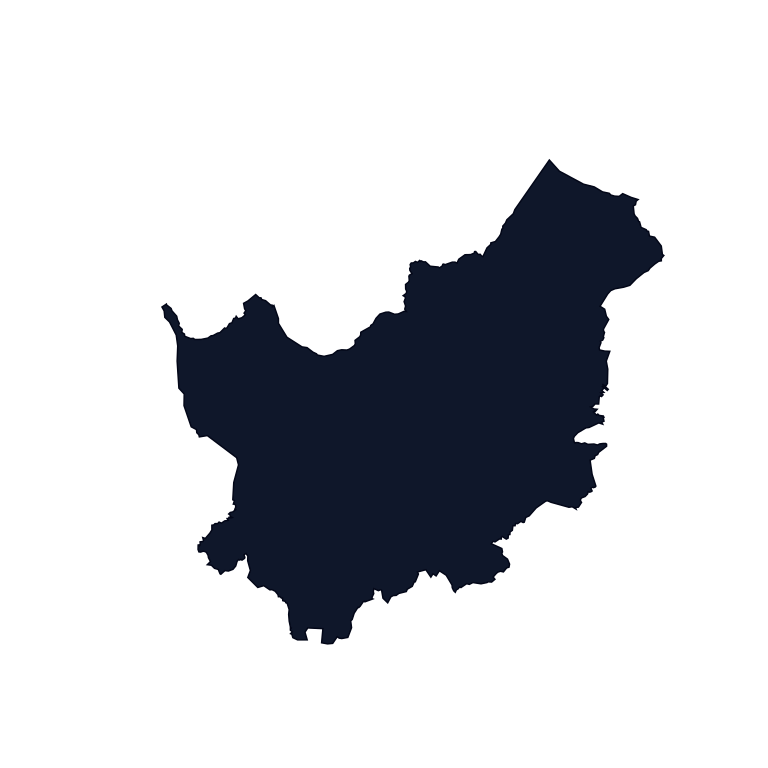 outline of Ixtacamaxtitlán, Puebla, Mexico, rotated 112°
{"feature_id": "50627088B57019790335861", "entity_name": "Ixtacamaxtitlán", "entity_type": "district", "adm_level": 2, "iso_a3": "MEX", "parent_name": "Mexico", "parent_adm1": "Puebla", "projection": "albers", "projection_center": [-97.837, 19.598], "detail": "fine", "context": "isolated", "style": "filled", "palette": "ink", "viewbox_px": 768, "rotation_deg": 112, "n_neighbors": 0, "source": "geoboundaries", "source_scale": "gbopen_adm2", "svg_char_len": 6171}
<svg xmlns="http://www.w3.org/2000/svg" viewBox="0 0 768 768"><g transform="rotate(112 384 384)"><path d="M165.9,173.0L163.8,173.9L160.0,172.7L159.6,174.4L152.2,178.6L146.5,188.1L147.4,193.3L143.4,195.9L143.7,197.3L142.7,198.7L142.5,204.3L137.9,207.8L137.9,208.8L135.5,211.0L134.0,214.3L132.5,215.9L125.5,219.6L123.6,218.0L120.0,218.7L117.8,217.5L118.4,224.8L118.1,234.0L121.9,236.2L123.4,240.5L123.8,244.5L122.8,246.6L124.0,253.3L122.5,262.9L124.0,273.9L121.0,301.1L114.4,314.6L173.2,328.0L177.7,327.9L185.7,331.6L189.4,331.7L193.1,333.0L195.2,332.1L196.2,332.7L201.4,331.9L204.3,332.4L210.2,334.1L213.1,337.8L214.6,337.3L219.2,339.5L228.8,340.0L228.7,341.7L227.7,343.3L228.6,345.3L226.8,348.6L227.3,349.6L228.9,349.4L231.6,352.2L233.8,357.3L240.3,361.4L244.6,361.6L244.4,363.7L245.4,366.3L250.5,372.1L250.4,373.5L251.0,374.3L252.7,374.2L255.6,376.1L255.2,377.5L257.5,385.3L255.2,391.3L256.0,393.1L255.9,395.7L256.7,396.1L256.1,397.2L258.7,398.5L258.6,400.8L260.7,402.1L261.6,404.1L263.4,404.5L265.7,403.1L267.1,403.5L268.9,402.6L271.3,399.3L273.5,401.2L274.7,401.3L278.7,399.3L280.5,399.5L283.6,401.3L287.8,399.5L289.5,397.7L291.6,397.3L294.9,399.3L295.2,397.4L296.2,396.3L300.1,396.2L303.6,393.2L306.8,392.8L308.4,390.4L309.0,392.5L313.7,397.0L315.4,400.3L315.5,406.5L316.8,409.3L320.7,414.0L326.1,416.0L332.4,416.7L334.6,418.2L336.1,418.0L344.7,424.9L347.3,424.0L349.3,424.2L354.4,427.2L357.4,425.7L359.3,425.8L364.6,429.1L366.4,431.1L368.2,436.2L370.6,439.7L375.8,442.7L380.8,449.9L382.1,456.6L381.3,457.9L381.1,461.7L379.1,469.0L380.3,473.9L377.0,491.5L367.3,504.6L362.9,506.4L352.4,515.5L354.2,516.5L352.8,517.2L353.2,518.9L351.1,525.0L351.5,529.0L350.2,530.3L350.8,532.0L349.1,536.5L358.0,541.3L361.8,544.4L366.5,541.4L367.8,539.6L370.7,540.3L371.6,538.6L373.4,539.3L375.9,540.7L378.2,543.7L376.6,546.4L378.5,546.4L379.6,547.9L384.2,547.9L385.9,549.9L390.7,550.6L391.8,551.6L391.8,552.8L397.8,555.3L399.2,557.4L403.1,560.6L404.1,562.4L407.4,564.5L411.2,570.3L413.6,576.1L413.1,577.9L414.3,580.3L414.4,586.6L412.4,587.8L411.9,590.8L408.9,591.6L407.1,596.2L404.4,596.6L401.9,599.5L398.8,601.6L395.6,608.0L393.7,609.7L392.1,615.2L391.4,615.7L395.8,618.7L398.6,615.2L404.3,612.2L406.8,606.1L416.4,595.0L426.0,589.5L440.2,584.4L464.7,572.6L468.1,565.5L479.0,561.3L495.9,546.7L496.5,540.8L499.3,539.3L500.4,536.7L502.2,535.4L498.0,528.5L507.5,493.0L513.5,488.6L531.6,486.4L548.0,480.8L548.1,479.0L551.8,478.7L551.4,477.3L552.0,476.2L553.8,475.3L556.0,475.4L556.1,474.5L559.3,476.3L560.7,478.4L562.7,479.3L563.1,477.6L564.1,477.1L564.6,474.6L565.5,475.8L565.7,477.8L566.9,477.8L567.5,479.0L568.8,477.3L570.6,480.4L573.9,482.6L573.8,485.2L575.7,485.9L576.8,488.4L578.5,489.1L579.4,490.7L583.8,488.9L587.6,489.6L594.1,491.8L594.3,494.5L596.7,492.7L597.7,492.7L599.3,495.4L601.4,494.3L602.9,494.4L602.3,495.0L602.9,496.0L607.1,494.4L609.0,492.7L608.5,491.0L606.8,489.1L606.4,487.0L606.7,485.5L608.8,482.9L610.8,481.7L613.6,478.4L617.7,480.1L616.7,476.1L618.4,472.1L618.0,468.2L621.4,464.9L621.5,464.0L616.6,461.6L615.7,458.2L612.4,454.6L608.3,453.3L603.4,453.8L601.2,453.0L601.3,451.8L600.2,451.0L600.5,449.7L597.9,448.0L596.8,448.1L594.9,449.9L592.8,448.4L594.7,445.7L598.9,444.2L607.0,438.0L614.4,437.8L619.9,424.8L616.0,419.9L617.6,412.7L616.6,410.8L616.9,407.3L619.0,403.4L620.8,402.2L620.1,400.6L620.9,399.0L620.5,397.9L622.8,396.7L622.5,394.2L623.6,393.0L623.6,391.6L628.7,387.4L633.3,386.1L639.5,383.0L644.9,379.4L645.0,377.9L645.3,379.4L647.3,378.6L648.1,376.2L650.5,377.1L650.5,375.7L653.3,373.5L653.6,368.3L650.0,359.4L643.7,364.3L638.7,363.3L633.7,349.0L647.3,344.9L646.1,339.0L643.7,334.4L635.8,332.7L636.4,330.4L635.8,327.8L632.5,322.6L622.1,322.8L616.2,326.1L614.2,325.3L607.7,325.8L600.8,324.5L600.8,323.7L599.1,322.9L593.6,321.7L592.7,320.7L593.1,320.1L587.5,313.9L587.5,314.7L585.9,315.2L582.2,315.0L580.3,316.2L577.5,316.8L577.7,311.8L576.0,310.0L576.2,308.9L583.0,304.7L585.5,298.6L578.8,297.9L576.7,296.2L575.4,293.5L572.6,291.8L568.1,285.6L565.5,285.5L561.0,282.0L555.9,281.9L555.4,281.5L556.5,281.3L555.2,280.9L547.3,280.9L545.8,282.6L540.5,275.6L545.5,268.2L541.6,267.5L542.4,263.8L536.4,262.7L538.0,254.7L544.9,245.6L547.3,244.4L549.6,241.9L550.4,239.9L547.8,239.8L545.9,238.4L543.9,238.0L543.9,236.4L538.2,232.6L537.8,229.8L534.8,227.2L532.9,219.2L529.5,214.1L528.4,213.4L527.3,210.0L523.5,208.0L522.1,210.5L518.0,209.1L515.9,208.1L514.0,205.9L513.5,202.9L508.6,201.4L507.0,199.5L504.0,200.1L500.1,203.9L498.6,209.9L496.7,211.4L495.3,211.2L492.4,213.1L491.9,224.7L489.0,224.0L488.8,221.9L484.5,219.0L483.8,217.2L482.3,217.8L481.1,217.4L482.0,212.5L480.4,211.2L477.2,212.2L476.4,210.9L474.0,211.7L471.6,210.2L467.1,211.4L466.3,209.4L464.0,209.8L463.5,207.9L460.1,205.6L460.3,203.1L459.6,202.2L454.6,202.6L451.9,200.0L441.9,196.5L431.9,190.1L431.0,188.4L431.1,184.9L429.0,166.3L427.3,163.5L428.0,159.1L426.8,160.2L425.3,157.6L419.8,156.5L418.8,158.0L416.8,158.6L415.5,158.1L413.0,155.4L409.8,154.1L407.4,154.3L407.2,152.7L405.8,151.2L405.2,151.0L403.2,153.2L401.5,151.9L401.6,150.9L400.3,149.5L399.3,149.3L389.8,157.2L377.4,164.4L374.2,161.1L371.4,161.4L369.4,159.5L367.0,159.4L358.3,154.3L356.4,155.1L356.1,156.2L357.2,158.8L358.7,161.5L360.6,163.2L361.0,166.8L363.6,172.4L363.4,175.8L365.5,178.5L365.6,182.0L366.4,184.2L367.2,184.6L366.8,185.7L363.5,188.0L361.2,187.9L356.6,186.1L349.0,180.3L347.5,177.6L339.6,170.3L339.3,166.2L337.8,167.9L336.1,166.1L333.4,167.9L332.5,167.6L332.4,168.9L332.0,168.2L331.5,168.6L332.5,172.7L331.8,174.5L333.2,175.3L331.5,179.4L330.1,178.6L330.4,177.9L327.6,176.9L328.5,180.0L327.9,183.8L326.2,181.8L323.4,180.8L322.1,177.5L315.3,179.6L314.0,179.0L314.1,177.6L312.0,176.8L311.0,179.6L309.4,177.0L308.4,179.7L305.7,178.6L304.1,181.3L306.3,174.6L304.9,174.1L302.2,181.6L303.2,177.7L299.9,177.0L286.4,182.1L279.5,186.5L269.1,186.9L270.8,191.6L271.7,196.9L269.7,198.2L264.5,198.3L263.3,199.4L261.4,197.7L258.7,197.5L257.9,198.4L253.5,198.9L252.8,200.1L250.9,201.1L240.0,199.8L237.9,203.2L232.0,207.4L231.0,212.8L216.7,210.3L212.5,208.8L209.2,205.6L204.5,198.1L200.4,193.0L191.8,189.5L183.2,184.7L179.9,181.5L176.9,180.8L171.3,177.9L167.3,175.3L165.9,173.0Z" fill="#0f172a" stroke="#020617" stroke-width="1.5"/></g></svg>